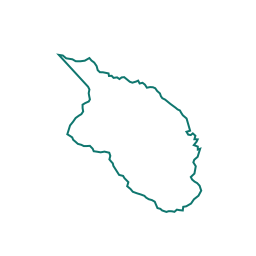 Marzagão, Goiás, Brazil (Albers equal-area conic projection), rotated 327°
{"feature_id": "56859067B67512374112148", "entity_name": "Marzagão", "entity_type": "district", "adm_level": 2, "iso_a3": "BRA", "parent_name": "Brazil", "parent_adm1": "Goiás", "projection": "albers", "projection_center": [-48.689, -17.969], "detail": "fine", "context": "isolated", "style": "outline", "palette": "teal", "viewbox_px": 256, "rotation_deg": 327, "n_neighbors": 0, "source": "geoboundaries", "source_scale": "gbopen_adm2", "svg_char_len": 1745}
<svg xmlns="http://www.w3.org/2000/svg" viewBox="0 0 256 256"><g transform="rotate(327 128 128)"><path d="M129.0,227.0L131.4,224.2L134.2,225.4L139.7,225.7L144.5,223.7L150.2,223.2L155.3,220.4L156.6,215.4L156.0,211.9L154.6,209.2L153.7,206.1L154.0,203.3L158.9,202.4L164.0,197.0L164.1,192.4L166.3,190.7L170.7,190.1L173.8,187.5L177.2,184.7L174.8,184.1L176.4,181.6L173.9,178.2L178.1,176.8L180.2,175.5L177.6,173.6L180.3,171.2L179.4,167.8L176.8,168.1L174.9,166.4L175.0,163.0L178.6,164.1L179.3,161.8L182.3,151.9L180.9,147.2L180.9,144.0L181.1,141.6L179.7,139.4L178.9,136.8L176.6,130.7L174.6,124.4L173.0,121.7L172.9,119.3L173.6,116.4L172.6,112.8L172.5,109.5L171.1,107.4L168.8,105.7L165.8,104.5L165.8,100.8L164.8,98.0L162.0,97.0L162.3,93.8L160.2,93.5L156.4,92.4L154.7,90.2L152.5,83.3L150.2,82.1L147.5,82.3L146.4,79.6L143.2,78.1L142.7,75.3L140.4,74.0L141.4,71.6L137.3,67.6L134.8,65.9L134.1,63.0L135.4,59.0L135.3,54.7L134.1,51.5L133.7,48.3L128.4,48.0L124.2,46.0L120.5,43.5L118.8,40.1L114.1,35.9L112.8,31.7L109.8,29.0L117.0,71.7L116.6,74.7L114.0,77.4L112.8,80.2L111.6,83.3L109.5,84.4L105.7,83.8L102.6,83.7L100.8,86.5L99.4,89.7L96.4,91.0L93.6,90.9L89.5,91.1L85.4,92.8L80.8,94.3L73.7,100.2L75.2,103.4L76.1,105.5L75.6,108.0L76.5,111.0L77.3,114.0L79.7,116.7L81.1,119.1L83.6,120.7L86.3,122.2L87.1,126.1L86.6,128.8L89.2,131.1L91.8,133.5L95.4,135.0L98.8,138.5L98.0,141.7L95.3,144.2L95.6,147.0L96.0,149.4L95.1,151.8L95.0,162.5L97.8,165.5L97.7,168.2L98.8,173.6L95.6,176.4L96.9,180.6L97.3,184.1L100.0,187.7L102.6,190.8L104.8,193.8L105.3,196.3L106.6,199.0L108.8,201.5L110.3,204.4L109.8,207.1L109.1,211.2L111.1,213.4L111.7,215.7L114.5,219.3L116.8,219.9L119.4,221.7L121.3,223.6L124.5,223.1L126.4,224.9L129.0,227.0Z" fill="none" stroke="#0f766e" stroke-width="2"/></g></svg>